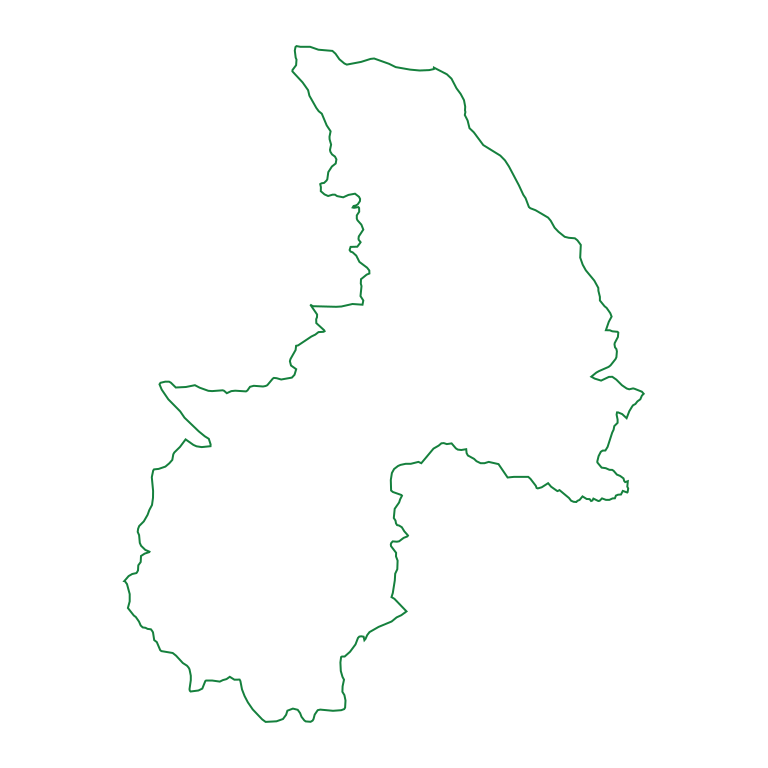 Van Ho, Son La, Vietnam (Mercator projection)
{"feature_id": "81297802B72197288944143", "entity_name": "Van Ho", "entity_type": "district", "adm_level": 2, "iso_a3": "VNM", "parent_name": "Vietnam", "parent_adm1": "Son La", "projection": "mercator", "projection_center": [104.865, 20.809], "detail": "fine", "context": "isolated", "style": "outline", "palette": "green", "viewbox_px": 768, "rotation_deg": 0, "n_neighbors": 0, "source": "geoboundaries", "source_scale": "gbopen_adm2", "svg_char_len": 6093}
<svg xmlns="http://www.w3.org/2000/svg" viewBox="0 0 768 768"><path d="M433.9,67.6L433.8,69.1L429.2,70.1L419.6,70.5L410.0,69.6L395.7,67.1L389.0,63.8L374.1,58.5L370.6,58.9L361.1,61.9L346.8,64.6L344.4,63.5L339.4,59.3L335.5,53.7L332.4,50.9L318.4,49.7L310.1,46.8L300.4,46.8L296.5,46.1L295.5,47.0L294.8,50.6L295.7,57.7L296.5,59.6L296.1,65.2L292.5,70.0L292.4,71.4L302.6,82.4L308.1,90.2L309.4,95.7L316.3,107.9L318.7,111.2L321.8,113.7L326.7,125.4L330.6,131.3L329.5,136.7L329.6,139.3L331.1,144.6L330.0,149.9L330.4,151.8L332.0,154.4L335.0,156.6L336.4,159.4L335.7,163.5L331.9,166.5L328.3,172.1L327.3,179.3L326.4,180.7L324.1,182.9L321.5,183.3L320.2,184.1L320.9,187.1L320.8,191.2L324.5,194.4L328.1,196.0L332.5,194.7L335.0,194.7L337.1,196.1L343.2,197.3L348.5,194.9L355.0,193.7L359.0,196.8L360.1,199.0L359.9,201.2L357.7,204.4L355.8,205.5L353.6,206.0L352.7,207.5L354.0,207.8L358.4,207.1L359.1,208.0L359.2,211.7L356.8,215.4L356.8,218.7L357.5,220.3L361.4,224.7L363.3,229.6L358.8,236.4L358.5,238.7L358.7,239.8L360.6,242.2L360.1,243.0L357.3,246.7L350.6,246.9L349.6,250.0L350.6,251.6L352.6,252.3L356.3,255.7L359.4,261.9L367.1,267.7L369.3,270.5L369.4,273.5L366.7,274.6L361.0,279.2L360.8,283.6L361.5,286.1L360.5,296.1L363.3,300.5L362.5,304.7L352.5,304.0L341.4,306.5L336.1,306.8L312.8,306.2L310.3,304.6L317.1,314.5L317.0,317.2L316.2,319.2L316.3,323.1L324.2,330.3L324.6,331.2L323.5,331.8L318.5,332.1L315.3,334.6L311.4,336.5L298.1,345.4L296.1,345.8L295.6,350.0L290.5,359.0L289.9,361.2L291.0,365.5L296.2,369.2L294.5,374.8L291.9,377.6L281.2,379.5L276.6,378.2L273.9,377.9L272.8,378.6L267.3,385.2L265.6,386.0L263.0,386.5L253.8,385.8L250.0,386.8L247.4,390.5L246.0,391.4L235.3,390.7L231.3,391.1L226.8,393.2L224.1,390.8L222.7,390.3L212.1,391.1L208.3,390.8L199.7,387.7L194.9,385.2L185.9,387.0L175.8,387.5L170.9,382.7L169.1,381.7L165.1,381.7L160.5,382.8L159.5,384.3L161.7,389.6L168.3,399.3L180.2,411.4L184.5,417.7L198.8,431.4L204.8,436.3L208.8,438.8L210.6,444.4L210.5,446.2L201.7,447.1L196.5,446.3L193.4,444.9L185.6,439.4L180.0,446.9L174.3,452.5L173.3,454.3L172.3,459.9L169.3,463.3L165.4,466.6L158.7,468.9L154.0,469.4L153.2,470.5L151.8,477.2L153.1,491.0L153.0,497.8L152.0,505.0L149.3,510.1L147.6,514.8L143.8,521.4L139.2,526.0L138.1,528.8L137.7,531.9L139.1,535.1L139.8,542.9L141.1,545.8L145.3,549.9L149.5,551.7L149.3,552.1L144.7,553.6L141.0,556.0L140.7,562.0L138.3,565.3L138.0,570.4L136.9,572.5L136.3,573.1L132.2,574.0L128.6,576.1L124.3,581.1L124.9,581.2L127.0,584.1L129.7,594.1L129.7,601.4L127.9,608.0L133.8,615.5L135.8,617.0L139.0,621.6L140.7,625.5L142.7,627.4L145.5,627.8L147.6,628.9L150.9,629.3L152.2,631.0L153.0,632.4L154.2,640.1L156.8,642.1L160.2,650.1L161.4,651.1L172.7,653.0L176.1,655.7L182.8,663.0L187.0,665.7L188.6,667.6L189.5,669.3L190.8,675.7L190.8,680.2L189.5,689.2L189.8,690.7L190.6,691.5L198.4,690.5L202.3,688.6L205.3,681.1L206.1,680.5L212.0,680.5L219.8,681.6L222.9,680.1L226.5,679.1L229.8,676.8L234.4,679.7L239.6,679.6L240.4,681.1L242.0,689.4L244.6,696.1L247.9,702.4L252.7,709.4L262.2,719.4L265.6,721.9L276.5,721.3L283.0,719.0L286.1,714.8L287.4,710.7L292.9,708.6L297.7,709.8L300.1,713.1L301.5,716.8L304.3,720.4L305.7,721.4L310.6,721.8L312.6,720.6L313.5,719.1L314.7,714.6L317.7,710.2L320.2,709.6L333.0,710.8L341.2,710.2L344.2,709.1L345.1,707.6L345.5,700.5L344.4,695.1L342.4,691.8L342.6,686.3L344.0,679.7L342.5,676.9L340.8,671.0L340.4,662.5L341.1,657.1L342.0,656.5L344.7,656.5L350.0,651.8L355.5,644.4L358.0,637.9L359.3,636.6L361.2,636.3L363.6,636.7L364.4,640.2L365.5,638.9L367.2,635.1L369.5,632.1L378.6,626.9L391.6,621.5L396.6,617.4L401.3,615.2L406.5,611.4L394.4,598.8L391.5,597.1L392.8,593.0L394.8,580.4L395.2,573.7L397.3,569.2L397.6,560.6L396.0,556.4L396.1,552.8L391.0,546.1L390.8,544.4L391.2,543.1L392.7,541.4L396.9,541.7L399.1,541.3L403.6,537.9L407.4,536.4L408.0,535.5L404.3,531.3L401.8,527.2L399.0,525.5L397.1,525.1L396.0,523.4L395.5,520.6L393.8,518.0L394.7,508.8L399.1,502.5L400.2,499.2L402.0,495.7L401.4,495.0L392.9,492.0L391.1,490.5L390.8,480.0L391.9,473.0L394.1,469.0L398.0,466.0L400.5,464.9L405.7,463.8L410.8,463.8L418.4,461.9L421.3,463.2L433.5,448.6L438.7,445.6L441.4,443.3L443.8,443.1L446.8,444.1L451.6,443.4L455.9,448.4L457.8,449.6L461.3,450.0L466.2,449.2L466.6,453.1L467.9,455.5L474.1,458.9L476.5,461.2L480.6,463.2L484.5,463.2L488.7,461.9L498.5,464.1L507.6,477.5L513.6,476.9L528.3,476.9L530.5,478.9L535.8,485.8L536.6,488.0L537.8,488.4L541.7,487.3L548.1,483.2L551.1,486.7L556.9,490.8L557.6,491.1L559.5,490.1L569.0,498.0L571.1,500.7L573.6,501.8L576.3,502.0L577.5,500.8L579.6,499.9L582.5,496.4L586.7,499.0L589.6,499.1L591.1,501.0L592.4,500.5L593.4,498.6L598.3,501.0L599.6,500.8L602.0,498.4L606.0,499.9L609.3,499.9L612.6,498.4L614.9,498.3L615.9,495.6L618.0,494.7L621.0,494.5L622.8,490.9L627.2,492.5L627.6,492.1L628.2,488.5L627.3,486.6L627.8,481.2L625.2,482.1L624.2,481.0L623.5,478.4L620.1,475.9L616.9,474.6L613.6,470.8L612.2,469.9L609.4,469.8L605.8,468.2L601.6,467.6L597.4,462.5L597.3,461.4L598.6,456.1L600.8,451.8L602.6,450.6L605.4,450.5L607.6,446.9L612.2,432.6L613.6,429.7L614.3,426.1L617.6,422.8L617.6,419.6L616.6,414.7L617.0,412.4L618.1,412.4L622.2,414.1L626.6,418.2L629.3,411.2L632.0,406.7L633.0,405.3L635.4,404.0L637.4,401.4L640.3,399.3L641.9,395.6L643.7,393.8L641.9,391.7L634.6,388.8L633.1,388.4L629.2,389.3L626.7,388.5L621.9,385.2L616.3,379.6L612.3,376.8L608.9,376.9L601.1,380.6L594.7,378.6L591.3,376.7L596.3,372.6L599.0,371.1L608.6,366.9L610.6,365.3L615.5,359.1L616.4,357.2L616.9,351.4L616.4,349.1L615.0,347.3L614.5,344.4L614.7,343.1L617.9,337.0L618.3,332.6L617.5,331.8L612.3,331.3L609.9,330.3L605.9,330.2L608.8,321.8L611.6,316.6L610.3,313.2L606.6,307.9L604.6,306.3L599.9,300.5L599.9,296.9L598.4,290.8L598.3,287.9L594.3,280.6L585.8,270.3L582.7,264.7L580.2,257.6L580.8,244.9L577.4,240.3L574.9,238.3L568.8,237.8L564.7,236.8L558.5,231.8L554.6,227.7L550.7,220.7L548.1,217.6L535.5,210.2L530.3,208.2L528.9,207.0L525.6,198.2L523.3,194.8L518.9,185.3L508.9,166.4L505.0,160.4L500.3,155.6L483.3,145.1L473.8,132.3L469.5,128.2L467.6,120.5L464.8,115.0L465.4,112.0L465.0,110.3L465.2,106.7L464.0,100.2L460.7,94.0L456.5,88.3L451.5,78.7L446.9,74.3L433.9,67.6Z" fill="none" stroke="#15803d" stroke-width="2"/></svg>